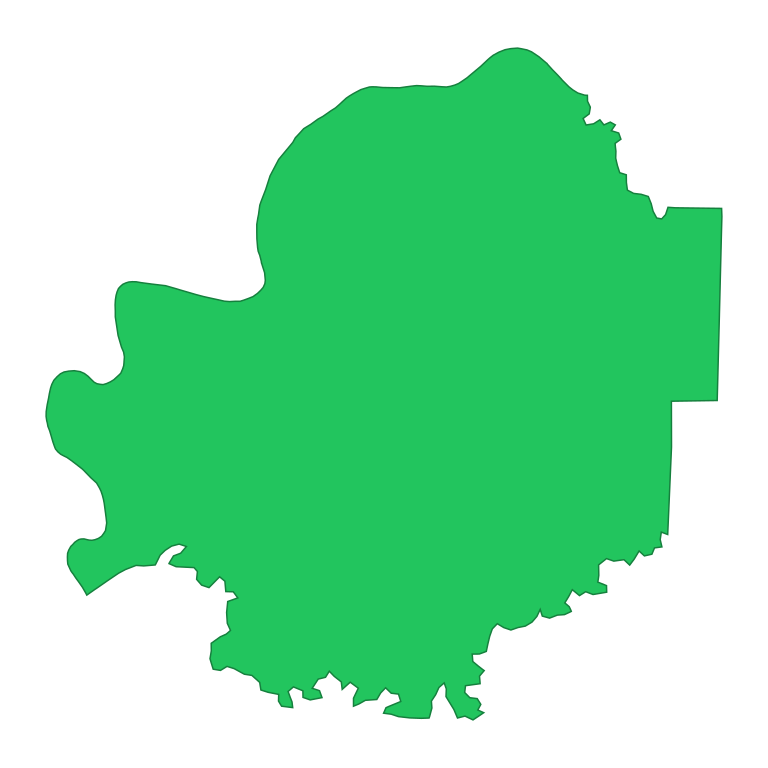 outline of San Ignacio, Misiones, Argentina
{"feature_id": "61730980B35011682920753", "entity_name": "San Ignacio", "entity_type": "district", "adm_level": 2, "iso_a3": "ARG", "parent_name": "Argentina", "parent_adm1": "Misiones", "projection": "orthographic", "projection_center": [-55.4, -27.168], "detail": "fine", "context": "isolated", "style": "filled", "palette": "green", "viewbox_px": 768, "rotation_deg": 0, "n_neighbors": 0, "source": "geoboundaries", "source_scale": "gbopen_adm2", "svg_char_len": 5683}
<svg xmlns="http://www.w3.org/2000/svg" viewBox="0 0 768 768"><path d="M473.0,719.9L478.4,716.3L481.8,714.0L483.7,712.7L477.8,710.0L480.8,704.4L480.4,703.7L477.2,698.6L469.8,697.7L464.7,692.5L465.5,685.7L480.1,683.7L480.0,682.0L479.5,676.1L484.2,670.6L482.8,669.6L478.3,666.1L472.8,661.5L472.2,654.1L479.3,654.0L484.0,652.3L486.3,651.4L487.9,643.8L489.7,636.3L492.3,628.9L497.3,623.7L503.8,627.6L510.9,630.0L518.1,627.5L525.3,626.1L532.0,622.1L536.9,616.4L540.2,609.4L542.3,616.1L549.6,618.1L557.4,615.1L562.0,614.8L564.5,614.6L569.5,612.3L571.3,611.4L570.9,610.3L569.2,606.7L567.4,605.1L564.8,602.9L568.8,596.3L572.3,589.7L579.5,595.6L585.7,591.7L593.0,594.5L593.7,594.4L606.7,592.2L606.5,585.6L597.8,582.1L598.3,579.0L598.8,575.4L598.6,564.9L606.5,558.6L613.8,561.1L624.0,559.7L629.7,565.1L634.2,559.1L639.1,551.0L644.4,555.9L651.9,554.2L654.5,547.9L661.9,546.9L660.2,539.6L661.3,532.1L667.7,534.5L671.5,447.2L671.5,444.6L671.4,401.2L717.2,400.5L719.4,315.3L719.4,314.9L721.4,234.9L721.9,216.5L721.6,208.4L721.0,208.4L675.3,207.8L668.0,207.3L665.6,214.6L661.7,218.9L656.7,218.0L653.1,211.3L651.2,203.7L648.3,196.5L641.2,194.3L633.6,193.4L627.4,190.1L626.4,182.5L626.3,174.8L619.7,172.7L617.4,165.5L617.1,164.2L616.6,162.2L615.8,158.6L615.7,158.5L615.9,151.2L615.7,149.3L615.4,146.9L615.4,146.7L615.1,143.4L618.1,141.2L620.9,139.2L618.7,133.0L611.3,130.7L615.3,124.9L610.3,122.1L603.9,124.9L599.9,119.8L593.6,123.8L590.4,124.3L586.1,125.0L583.1,118.5L586.1,116.2L589.2,113.9L589.9,109.9L590.3,107.3L590.3,107.1L587.5,101.2L587.5,99.9L587.4,95.3L584.8,95.2L577.8,93.0L572.8,89.9L569.0,86.9L562.2,80.1L561.4,79.1L557.4,74.8L552.4,69.7L547.6,64.4L546.9,63.4L546.3,63.0L539.0,56.8L531.5,51.8L527.2,50.0L526.9,49.9L521.1,48.7L517.6,48.1L514.9,48.3L510.9,48.6L505.1,49.7L499.0,52.1L493.3,55.2L490.2,57.6L487.8,59.7L480.8,66.3L473.0,72.8L466.8,78.0L462.1,81.2L458.6,83.5L454.7,85.1L450.5,86.3L446.4,87.0L442.5,86.8L434.3,86.2L427.2,86.3L420.9,85.8L416.5,85.6L411.1,86.2L405.8,86.9L399.5,87.8L391.9,87.7L382.4,87.5L376.2,86.9L372.1,86.8L369.4,87.0L365.0,88.3L360.9,89.6L356.3,92.0L353.2,93.7L349.4,96.0L346.2,98.2L343.5,100.7L342.7,101.4L338.7,105.1L335.5,107.9L330.9,110.8L326.9,113.6L322.9,116.4L318.0,119.1L310.7,124.4L306.1,127.2L303.7,128.7L300.0,132.8L295.4,137.7L292.8,142.4L278.7,159.4L270.1,175.8L265.7,189.5L261.0,201.7L259.8,205.2L258.5,214.7L257.8,218.1L256.8,224.4L256.8,230.8L256.8,232.0L256.9,238.9L257.6,247.5L258.2,251.3L259.3,254.2L259.7,255.1L261.2,261.0L261.5,263.1L261.7,263.5L262.6,266.4L264.6,272.7L265.3,280.2L265.3,280.4L264.9,283.6L263.2,287.4L260.7,290.3L257.4,293.5L256.1,294.4L252.9,296.7L251.5,297.2L248.8,298.3L243.9,300.1L240.1,301.3L238.7,301.3L234.9,301.3L229.7,301.6L224.5,301.2L218.7,299.9L210.0,298.0L203.3,296.5L196.1,294.6L187.2,292.0L180.3,290.0L176.4,288.8L172.2,287.6L165.6,285.7L152.1,284.1L140.8,282.6L136.3,281.8L132.3,281.7L128.8,282.0L125.9,282.9L122.8,284.3L120.4,286.4L118.5,288.5L117.1,291.8L116.1,295.3L115.4,299.8L115.1,304.9L115.3,311.0L115.3,311.3L115.3,316.9L118.1,335.5L121.3,346.5L121.4,346.9L122.2,348.8L123.6,352.1L124.4,356.9L124.0,362.2L124.0,362.8L123.7,365.7L122.8,368.5L122.5,369.3L120.8,373.2L119.1,374.9L117.9,376.0L114.5,379.1L113.9,379.7L110.3,381.9L106.5,383.6L103.1,384.6L100.1,384.3L96.9,383.7L94.1,382.2L91.0,379.2L90.9,379.1L88.1,376.3L84.4,373.5L80.1,371.6L74.2,370.7L68.8,371.1L64.0,372.0L60.4,373.8L56.9,376.9L55.7,378.3L54.8,379.2L53.8,380.4L51.8,384.4L50.6,388.0L49.7,392.1L49.4,393.4L48.6,398.0L47.2,404.8L46.2,411.5L46.1,416.4L46.7,420.6L47.3,422.9L47.9,426.3L49.7,430.9L51.2,436.0L52.9,441.9L54.5,446.5L55.5,449.0L57.9,451.9L60.8,454.3L63.8,455.9L66.9,457.4L70.2,459.7L74.2,462.7L82.3,469.0L84.1,470.7L84.8,471.5L90.8,477.7L96.6,483.0L99.5,488.0L101.0,491.1L102.4,495.3L103.4,499.1L104.2,503.2L104.8,507.6L105.3,511.5L105.6,513.5L105.6,513.8L106.1,517.5L106.7,523.0L105.5,530.6L103.8,533.3L101.6,536.3L98.4,538.4L95.0,539.7L91.9,540.3L89.1,540.1L87.7,539.8L86.5,539.5L84.0,538.9L81.1,539.0L79.0,539.5L77.1,540.6L74.7,542.3L72.8,544.5L70.8,546.4L68.7,550.2L67.6,553.3L67.4,557.0L67.5,560.8L67.8,564.1L69.2,567.2L70.9,570.9L72.3,572.9L73.2,574.0L75.9,578.1L78.4,581.5L82.4,587.2L85.8,593.1L86.8,595.1L95.2,589.2L96.3,588.5L106.8,581.2L109.0,579.7L118.6,573.2L125.5,569.5L136.1,565.4L143.8,565.9L154.7,565.0L155.3,564.9L158.2,559.1L160.1,555.2L165.2,550.3L171.6,546.1L179.1,544.1L186.4,546.5L180.7,553.2L179.4,553.7L173.5,555.9L169.3,562.9L169.0,563.6L176.1,566.7L194.1,567.6L197.4,571.5L196.7,578.4L196.6,579.3L197.6,580.5L201.6,585.1L209.0,587.6L214.3,582.2L219.6,576.8L224.9,581.2L225.8,591.6L233.3,591.8L237.8,597.9L227.7,601.5L227.7,601.8L226.7,611.8L226.6,612.1L226.7,613.9L227.3,623.3L230.5,630.4L227.0,633.5L226.1,634.2L220.3,636.8L211.2,643.3L211.3,651.1L211.1,651.9L211.0,652.7L210.0,658.7L211.3,663.1L213.2,669.2L220.5,670.4L227.0,666.4L234.1,668.6L244.3,674.2L251.9,675.4L259.7,682.4L260.9,690.0L268.1,692.3L278.7,694.4L278.5,701.1L281.4,705.9L281.6,706.2L292.7,707.6L292.0,701.9L290.2,697.3L288.1,691.5L293.4,686.9L302.9,690.8L303.0,697.4L309.9,699.8L310.2,699.9L316.9,698.6L322.0,697.6L319.5,690.7L316.3,689.6L312.2,688.3L318.2,679.1L325.5,677.3L329.3,671.2L334.2,676.3L341.3,681.9L342.2,689.4L350.2,682.2L358.3,688.2L355.6,693.8L353.5,698.2L353.5,703.8L353.5,706.2L359.0,703.9L365.4,700.3L376.8,699.5L380.7,692.9L385.6,687.8L391.2,693.2L398.5,694.1L400.8,701.5L392.8,704.8L389.4,706.2L386.0,707.7L383.6,713.2L391.2,714.2L398.4,716.6L399.2,716.7L409.9,717.9L421.3,718.3L427.2,718.1L429.1,718.0L429.6,716.5L431.9,708.0L431.4,701.1L435.7,694.6L438.9,687.5L444.2,682.9L446.3,688.9L446.0,696.6L453.9,709.5L457.5,718.0L465.0,716.1L473.0,719.9Z" fill="#22c55e" stroke="#15803d" stroke-width="1.5"/></svg>